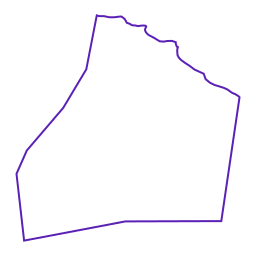 Alamn, Matruh, Egypt
{"feature_id": "37247803B41250479572628", "entity_name": "Alamn", "entity_type": "district", "adm_level": 2, "iso_a3": "EGY", "parent_name": "Egypt", "parent_adm1": "Matruh", "projection": "robinson", "projection_center": [28.773, 30.785], "detail": "fine", "context": "isolated", "style": "outline", "palette": "violet", "viewbox_px": 256, "rotation_deg": 0, "n_neighbors": 0, "source": "geoboundaries", "source_scale": "gbopen_adm2", "svg_char_len": 906}
<svg xmlns="http://www.w3.org/2000/svg" viewBox="0 0 256 256"><path d="M239.5,97.2L238.4,96.1L235.3,94.2L232.4,93.0L231.0,92.1L229.7,91.1L227.4,89.5L223.7,87.8L214.4,84.9L209.8,82.6L205.6,79.1L203.7,73.7L201.0,72.5L194.6,69.6L189.4,65.7L185.5,63.2L181.2,60.1L179.1,58.0L177.6,55.4L177.2,51.6L177.3,49.2L177.9,47.1L176.8,46.6L175.8,43.9L175.8,42.2L172.0,40.9L167.4,41.0L163.8,41.6L159.7,41.3L154.3,38.0L148.3,34.8L146.4,32.9L145.8,32.0L145.2,30.8L145.0,29.3L145.4,28.5L145.7,27.7L146.2,26.4L145.5,25.7L143.4,25.5L140.7,25.7L138.2,26.1L135.5,25.5L132.7,25.3L131.5,25.0L130.3,24.1L128.6,23.4L126.8,22.8L125.8,20.9L125.1,19.8L124.5,18.8L122.9,17.6L122.5,17.3L121.3,16.5L118.6,16.7L114.9,17.2L111.9,17.3L109.0,17.2L103.8,16.1L99.0,16.1L96.8,15.4L96.2,18.3L86.3,69.3L63.2,107.9L26.8,150.5L16.5,173.8L24.1,240.6L125.3,221.4L221.3,221.1L239.5,97.4L239.5,97.2Z" fill="none" stroke="#5b21b6" stroke-width="2"/></svg>